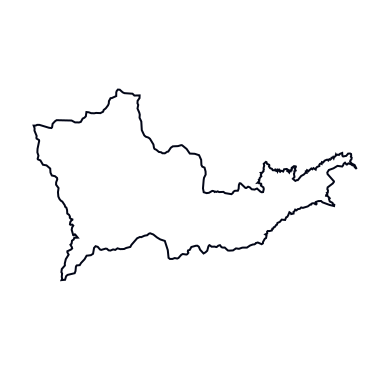 the district of Tadó, Chocó, Colombia, rotated 184°
{"feature_id": "7082276B86904559809659", "entity_name": "Tadó", "entity_type": "district", "adm_level": 2, "iso_a3": "COL", "parent_name": "Colombia", "parent_adm1": "Chocó", "projection": "albers", "projection_center": [-76.438, 5.267], "detail": "fine", "context": "isolated", "style": "outline", "palette": "ink", "viewbox_px": 384, "rotation_deg": 184, "n_neighbors": 0, "source": "geoboundaries", "source_scale": "gbopen_adm2", "svg_char_len": 6009}
<svg xmlns="http://www.w3.org/2000/svg" viewBox="0 0 384 384"><g transform="rotate(184 192 192)"><path d="M316.0,95.0L312.5,95.6L311.7,99.2L310.4,100.6L303.4,102.8L302.7,105.0L302.6,109.2L302.2,110.3L301.9,110.7L298.9,111.2L297.7,113.5L294.5,117.4L292.7,121.1L288.5,121.9L286.4,123.5L285.8,129.4L284.4,131.2L282.2,130.7L279.7,128.2L278.5,127.9L274.2,129.5L272.9,129.4L271.1,128.0L269.3,127.9L266.7,129.2L264.5,128.9L262.4,130.6L259.6,130.0L255.8,130.4L253.7,131.6L249.7,132.9L248.7,135.1L243.5,142.0L240.8,143.5L239.5,143.4L236.3,145.1L233.6,145.8L232.2,147.3L230.9,147.9L227.6,146.9L223.7,144.2L220.4,142.5L215.7,141.3L212.1,132.3L210.8,124.7L209.4,123.7L206.8,123.9L204.6,124.9L202.1,124.6L200.9,125.2L198.3,128.6L196.9,129.5L193.3,129.2L192.4,129.6L191.4,131.1L192.0,132.2L191.9,133.4L190.2,134.1L188.8,137.1L184.2,138.7L182.9,138.8L181.4,137.9L179.9,135.0L176.2,131.5L174.4,132.7L172.7,134.5L171.9,138.6L171.4,139.8L170.8,140.2L168.6,138.8L165.7,139.1L164.2,138.8L163.6,138.8L162.0,140.3L160.4,140.9L158.7,139.0L157.2,138.7L155.5,138.9L152.2,136.2L150.9,136.1L147.0,136.6L144.2,138.8L141.2,138.6L138.0,140.0L133.3,140.4L130.3,142.7L127.6,143.9L126.2,144.1L125.1,144.8L124.8,145.5L122.8,146.2L118.9,144.8L117.7,145.7L117.7,147.0L116.8,149.0L116.1,150.4L114.9,151.3L114.6,154.0L115.9,154.8L114.1,155.9L114.3,157.7L113.7,158.4L112.1,158.4L109.7,159.2L109.3,161.0L108.5,161.1L108.0,162.5L106.9,163.0L105.8,164.9L105.0,165.3L104.6,167.1L102.3,168.3L100.6,170.7L97.2,170.6L96.3,173.3L95.2,173.9L94.4,175.6L93.4,178.6L91.8,177.7L91.5,176.9L89.2,177.6L89.4,179.1L88.6,179.7L87.8,181.6L86.5,181.0L85.4,182.2L83.2,182.8L82.0,184.2L80.3,183.9L75.5,185.7L73.3,187.6L72.2,187.8L72.1,188.5L71.2,189.1L69.2,189.3L68.2,188.4L67.2,188.3L66.9,188.8L68.0,189.9L67.9,190.6L65.2,191.8L62.6,192.0L61.1,190.8L53.9,188.7L49.3,187.9L49.2,189.2L50.5,189.7L51.1,191.0L53.9,192.2L54.9,194.6L54.2,195.4L56.5,197.5L58.0,197.6L57.9,198.3L57.0,198.6L56.8,199.6L57.4,200.5L56.5,201.2L56.5,203.2L57.2,204.3L57.0,206.1L52.1,210.4L51.1,212.1L51.2,212.6L58.0,219.3L58.4,220.9L57.0,223.5L52.5,225.5L48.7,228.2L44.0,227.9L43.2,229.0L42.6,230.8L41.4,231.9L39.8,230.2L39.3,230.2L38.0,231.5L35.4,230.8L33.8,229.8L32.3,229.8L31.4,228.1L29.4,226.5L31.7,230.3L34.7,231.5L36.4,233.4L36.1,234.7L35.3,235.6L35.1,237.4L36.0,238.2L35.7,239.1L36.0,241.0L36.9,241.4L38.9,241.2L40.7,238.8L43.7,238.0L44.5,238.7L44.9,241.4L47.0,240.4L48.0,239.2L49.0,239.5L50.5,238.8L51.0,239.5L51.4,237.8L52.8,236.4L53.0,235.6L53.7,236.7L54.0,236.2L55.2,235.9L55.2,235.1L56.4,233.9L57.2,234.3L58.2,233.0L58.8,233.7L59.8,233.6L61.9,232.5L63.2,230.6L64.4,230.9L64.6,229.1L65.4,229.5L66.3,229.0L66.9,228.0L66.8,226.7L68.9,225.8L70.0,224.4L70.2,223.0L72.5,224.3L73.5,223.1L74.6,223.8L77.5,220.7L77.8,221.4L78.7,221.8L78.8,221.2L79.9,220.6L79.2,219.1L80.1,219.1L81.7,217.2L84.2,215.6L87.3,211.2L88.1,211.2L89.7,210.3L92.3,212.2L90.8,214.2L91.6,217.2L91.2,218.2L91.3,219.9L90.1,220.6L91.3,222.8L90.6,223.1L90.1,224.4L90.3,224.8L92.1,224.9L94.1,223.2L94.3,222.8L93.8,222.1L94.3,221.5L94.2,220.6L96.0,220.4L95.4,219.5L96.1,219.4L96.4,218.2L97.3,219.1L98.5,219.6L98.5,220.2L97.7,220.8L99.1,221.6L101.7,221.1L102.5,218.8L104.1,219.4L104.9,219.1L105.5,218.3L106.0,218.6L106.0,219.9L106.6,220.4L107.1,219.5L108.1,220.1L108.3,218.8L108.7,219.5L109.2,219.1L109.7,219.7L109.9,219.3L110.6,220.0L110.9,219.4L113.0,219.4L113.9,220.7L115.7,221.2L117.0,222.8L116.7,223.6L116.9,224.5L119.2,225.4L119.8,227.0L120.4,227.2L122.4,225.1L121.8,223.3L122.3,220.8L121.9,219.5L122.3,218.6L122.1,217.8L123.3,216.2L124.7,215.9L124.1,215.1L124.6,213.7L123.9,212.6L125.4,210.7L125.5,209.6L126.2,208.9L125.6,207.9L127.1,205.9L125.9,206.2L125.7,205.4L123.7,205.1L123.4,204.7L123.7,203.2L121.1,201.6L120.6,200.0L121.1,196.9L122.3,196.6L123.7,197.1L127.4,200.0L129.7,198.8L132.6,198.9L134.7,200.7L136.4,201.2L138.1,199.8L139.0,199.8L144.1,204.0L145.1,204.0L145.7,202.3L145.7,198.5L146.3,196.5L149.3,196.2L150.6,195.2L151.3,193.7L152.5,192.6L158.9,193.2L160.7,194.3L164.9,193.8L166.4,194.4L167.6,193.8L168.8,194.0L169.4,193.6L170.4,194.4L171.9,194.5L175.0,192.4L177.3,191.9L180.3,192.6L181.3,196.4L181.2,204.8L181.0,207.0L179.6,210.3L179.9,213.4L181.2,217.2L183.5,218.0L184.5,219.6L185.1,224.7L187.5,229.2L191.9,230.3L196.9,230.2L200.4,234.6L205.1,237.9L206.0,238.0L209.2,236.8L214.3,236.2L216.2,234.7L218.5,230.7L219.6,230.4L221.8,228.7L224.3,228.6L225.3,229.4L227.9,229.7L230.5,231.6L232.3,232.3L233.0,233.4L233.8,236.7L237.6,242.1L239.2,243.2L242.1,244.0L243.6,245.2L246.4,250.2L247.5,258.8L249.5,262.4L249.5,265.5L250.1,267.4L252.2,271.5L251.7,275.1L252.6,276.7L252.6,279.2L250.9,282.0L251.0,284.7L256.2,284.2L258.2,285.9L266.3,285.9L268.1,286.6L271.2,289.0L273.1,289.0L274.2,287.4L274.5,286.0L274.3,282.4L278.6,280.1L279.8,279.9L281.2,276.9L281.2,274.4L281.8,272.6L283.9,269.4L285.8,267.7L286.3,265.9L288.9,264.3L293.2,264.2L295.0,263.7L298.2,263.6L300.5,264.3L302.9,264.4L303.2,260.1L304.5,258.6L306.2,257.6L307.8,254.2L309.5,253.5L313.6,253.3L317.1,254.9L332.1,254.2L333.5,253.1L335.8,250.3L336.1,246.8L336.7,246.0L339.1,246.1L348.8,248.3L351.1,248.2L352.7,247.3L354.6,247.2L353.5,244.7L353.4,242.2L350.9,237.1L351.0,235.1L350.7,234.4L348.3,233.2L348.0,232.3L349.1,224.3L349.0,220.7L347.7,217.5L348.3,214.3L348.0,213.8L345.4,212.9L342.6,208.8L339.0,208.4L335.1,205.5L334.5,201.4L333.0,198.7L329.8,198.2L327.6,196.6L327.3,195.2L328.2,192.2L328.1,189.8L325.4,186.6L325.7,182.5L325.0,178.1L323.6,175.6L322.1,174.1L320.7,173.4L318.0,169.9L317.5,168.4L316.3,167.7L315.4,165.4L314.9,161.8L313.1,160.7L312.1,159.1L312.1,157.8L311.2,156.9L309.4,156.3L309.4,155.9L310.4,155.1L311.3,153.6L311.5,151.2L311.0,150.8L309.1,151.1L308.1,150.2L309.1,148.3L309.4,145.9L307.5,140.7L306.9,140.6L306.0,141.6L305.6,141.5L302.8,138.5L306.2,138.1L306.7,136.4L308.3,135.1L308.5,132.1L309.6,130.9L308.0,128.6L307.6,127.3L308.8,126.1L312.2,124.2L312.1,123.1L310.7,120.9L313.2,116.2L313.9,111.9L313.7,109.8L316.5,106.1L316.7,102.9L315.9,101.7L316.0,98.3L315.5,96.4L316.0,95.0Z" fill="none" stroke="#020617" stroke-width="2"/></g></svg>